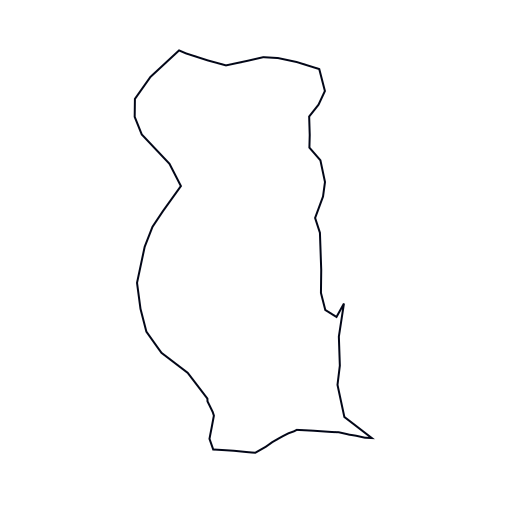 outline of Mathiatis, Nicosia, Cyprus, rotated 12°
{"feature_id": "46923920B42589878398501", "entity_name": "Mathiatis", "entity_type": "district", "adm_level": 2, "iso_a3": "CYP", "parent_name": "Cyprus", "parent_adm1": "Nicosia", "projection": "orthographic", "projection_center": [33.347, 34.962], "detail": "fine", "context": "isolated", "style": "outline", "palette": "ink", "viewbox_px": 512, "rotation_deg": 12, "n_neighbors": 0, "source": "geoboundaries", "source_scale": "gbopen_adm2", "svg_char_len": 1114}
<svg xmlns="http://www.w3.org/2000/svg" viewBox="0 0 512 512"><g transform="rotate(12 256 256)"><path d="M375.9,395.1L362.5,365.1L360.8,345.8L353.8,317.6L351.9,284.2L347.4,298.9L335.0,294.4L327.2,278.6L322.7,256.1L313.7,220.0L305.9,206.5L309.2,183.9L308.1,169.3L299.1,149.0L285.7,138.9L283.4,126.5L279.0,108.5L285.7,95.0L289.1,80.3L279.0,60.0L255.4,57.8L236.4,57.8L221.8,60.0L207.2,66.8L187.0,75.8L168.0,74.7L145.5,72.4L138.0,70.9L115.5,102.8L104.9,127.5L108.4,145.1L119.0,160.9L152.2,183.8L168.0,203.2L155.7,231.3L148.7,248.9L145.2,270.1L145.2,307.0L154.0,331.7L164.5,352.8L178.4,365.6L183.7,370.4L213.5,384.5L224.0,393.5L238.1,405.6L238.8,408.3L241.9,412.2L246.1,417.6L248.0,420.9L248.3,433.1L248.4,439.8L248.5,444.5L254.4,454.2L257.3,453.7L265.3,452.5L274.9,451.1L287.7,449.7L292.7,449.1L296.2,448.6L305.2,440.6L310.7,434.6L316.3,429.6L320.0,426.4L324.7,422.6L329.6,419.6L332.0,417.6L337.5,416.7L348.2,415.0L366.7,412.4L367.2,412.3L368.6,412.1L373.5,411.2L382.2,411.3L384.3,411.4L387.2,411.2L391.1,411.0L400.2,411.1L407.1,410.0L390.6,402.1L375.9,395.1Z" fill="none" stroke="#020617" stroke-width="2"/></g></svg>